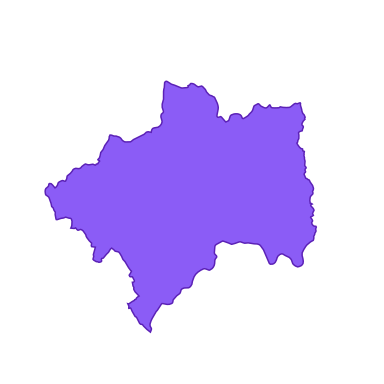 the district of Tay Hoa, Phú Yên, Vietnam, rotated 156°
{"feature_id": "81297802B36488646512837", "entity_name": "Tay Hoa", "entity_type": "district", "adm_level": 2, "iso_a3": "VNM", "parent_name": "Vietnam", "parent_adm1": "Phú Yên", "projection": "albers", "projection_center": [109.179, 12.914], "detail": "fine", "context": "isolated", "style": "filled", "palette": "violet", "viewbox_px": 384, "rotation_deg": 156, "n_neighbors": 0, "source": "geoboundaries", "source_scale": "gbopen_adm2", "svg_char_len": 5979}
<svg xmlns="http://www.w3.org/2000/svg" viewBox="0 0 384 384"><g transform="rotate(156 192 192)"><path d="M287.0,80.9L285.2,82.7L284.8,83.3L284.6,84.0L284.8,86.5L284.1,88.4L281.8,91.0L279.8,92.7L273.3,97.4L271.8,98.0L265.5,102.1L264.8,102.3L263.7,101.7L260.4,99.4L258.3,98.6L256.1,98.4L255.0,98.6L254.2,99.4L253.5,100.6L252.9,101.2L248.2,103.4L244.6,104.2L243.9,104.6L243.0,105.5L242.1,106.7L241.1,107.4L239.7,107.6L237.9,107.4L234.1,105.9L233.2,105.9L231.8,106.3L229.7,107.7L227.9,110.3L224.6,113.7L222.2,115.3L219.2,116.4L215.9,117.0L212.7,117.1L211.7,116.8L210.6,116.0L208.1,113.6L207.2,113.5L204.7,113.9L203.1,114.7L201.6,115.9L200.5,117.3L198.8,120.5L197.8,121.4L196.1,122.3L195.7,122.9L195.6,123.7L196.5,126.3L196.3,127.4L193.3,132.9L192.4,133.8L191.1,134.2L185.0,134.7L183.8,134.7L183.0,134.0L179.2,130.4L177.2,128.2L176.5,128.0L173.3,127.5L170.1,127.3L168.8,127.1L168.0,126.8L165.8,124.7L164.7,123.8L161.4,122.7L156.5,119.5L153.4,117.9L151.8,116.4L151.2,114.9L150.2,110.1L150.4,95.3L149.8,94.2L147.8,93.4L146.6,93.3L145.7,93.5L144.6,93.9L143.7,94.6L142.5,95.6L141.1,97.2L139.7,98.4L137.2,99.2L135.1,99.0L134.3,98.4L132.6,96.0L129.7,92.6L128.9,90.3L128.8,89.3L129.1,85.5L128.3,83.4L127.4,82.1L125.9,80.6L124.1,80.3L122.0,80.3L120.8,80.8L119.7,81.5L118.5,83.5L117.8,86.0L117.2,89.3L116.1,91.6L113.4,93.9L110.3,96.0L108.6,96.9L104.1,98.2L100.9,98.5L100.4,99.0L99.4,100.4L98.9,101.9L97.3,103.2L96.5,104.4L94.9,105.5L94.5,106.2L94.1,107.9L92.7,109.4L92.8,110.3L93.8,110.8L94.8,111.7L95.4,113.4L95.2,115.3L93.6,116.5L93.5,116.9L93.5,118.2L94.0,120.6L93.6,121.0L91.9,121.0L90.6,121.3L90.7,123.0L90.5,123.4L89.3,124.6L88.2,125.4L87.9,125.8L87.9,127.6L89.0,130.9L89.0,131.4L88.5,131.9L88.1,132.1L87.1,132.1L87.5,132.9L88.6,133.5L87.8,136.4L86.1,139.2L85.7,139.5L85.2,139.9L82.4,141.1L81.9,141.9L81.6,143.6L80.3,144.6L79.5,146.0L79.2,149.0L80.0,153.1L80.0,155.0L80.4,155.8L81.1,156.3L81.6,157.5L82.5,158.3L82.4,162.4L82.2,162.8L81.4,163.6L80.5,163.8L80.0,164.3L79.9,165.9L79.3,166.9L77.9,167.6L77.8,168.3L78.2,169.6L78.2,170.5L76.2,174.2L75.8,176.6L75.3,177.5L74.9,179.8L74.2,180.9L73.9,181.9L72.9,183.2L73.0,183.6L74.0,184.5L73.5,186.4L74.9,187.6L75.6,189.3L76.2,192.2L76.3,194.0L75.0,194.8L74.6,195.8L72.7,197.3L71.2,200.5L70.6,202.8L69.6,203.3L68.7,203.4L66.4,203.1L65.4,204.5L64.3,205.5L63.8,206.2L63.7,207.0L64.2,208.2L64.0,209.4L63.0,210.4L61.4,211.6L59.2,212.5L59.1,213.8L58.2,214.3L58.2,217.0L58.8,218.6L58.7,221.0L58.2,223.0L57.7,226.7L57.3,228.0L56.8,228.8L56.8,229.3L57.2,229.6L60.0,229.8L61.5,230.9L62.8,230.9L67.2,229.7L68.7,229.7L71.5,230.8L74.6,232.4L76.7,233.9L78.4,233.6L82.1,235.1L84.5,236.3L85.2,237.1L85.4,239.8L85.8,240.0L88.9,238.7L90.3,238.7L91.6,239.5L94.0,242.3L95.2,245.4L95.9,245.8L99.9,245.5L100.6,245.1L103.4,242.0L104.9,241.0L108.3,239.7L109.2,239.1L110.7,238.7L113.6,238.3L115.3,238.2L116.0,238.8L116.0,241.4L116.4,242.7L117.1,243.6L118.3,244.7L120.1,245.6L121.9,246.2L124.7,246.4L125.5,246.2L126.3,245.7L128.8,242.9L129.7,242.3L132.6,242.2L132.8,242.5L134.6,248.4L135.1,249.2L137.6,249.5L138.2,250.0L138.4,250.6L138.3,251.3L137.8,252.2L134.4,257.1L133.6,258.6L133.1,260.5L132.8,262.7L132.9,269.1L133.1,269.7L134.3,271.0L134.8,271.9L135.9,272.7L136.8,273.8L138.0,277.4L138.1,280.2L139.4,283.9L140.1,284.9L143.6,285.5L144.8,287.1L145.7,288.9L146.4,289.9L147.4,290.8L148.8,291.6L149.5,291.5L150.4,290.8L152.5,290.7L152.6,289.7L153.2,289.3L154.0,289.4L159.0,291.1L160.1,292.1L164.5,296.7L166.9,298.8L169.7,303.0L170.4,303.6L170.9,303.7L171.4,303.7L172.5,303.1L174.9,298.6L175.9,297.4L177.1,295.4L180.3,288.3L183.5,284.4L184.8,281.4L185.2,277.8L185.5,276.8L186.3,276.2L188.4,275.5L189.4,274.2L189.9,273.1L190.5,269.1L190.9,268.1L192.5,266.4L194.5,265.4L196.7,265.0L200.6,266.0L202.1,266.0L203.3,265.3L204.3,264.2L205.0,263.1L207.6,264.9L209.4,265.2L212.2,264.2L224.2,263.7L227.1,262.9L227.9,262.9L231.3,264.3L232.8,265.0L233.4,265.5L234.6,267.4L235.2,270.1L236.0,271.6L238.5,273.9L240.6,274.9L242.3,276.6L243.7,277.4L245.2,276.1L245.8,274.8L247.1,273.3L252.8,269.9L255.9,267.0L259.3,265.2L261.2,262.5L262.6,260.9L264.8,259.9L264.8,259.4L263.8,258.3L263.9,257.7L265.3,257.1L266.5,256.1L268.1,256.4L268.7,256.0L269.5,255.9L271.2,257.7L275.0,258.7L276.1,259.3L277.9,260.9L279.0,260.9L282.3,260.1L283.8,259.3L285.0,259.2L286.2,259.5L288.5,260.9L290.2,261.1L291.6,260.8L292.9,259.8L295.5,258.5L299.3,257.5L299.9,256.9L301.1,255.0L303.1,253.4L303.8,253.5L305.0,254.7L305.8,255.2L307.4,255.3L309.3,255.2L310.5,254.8L312.3,252.8L313.8,252.0L314.7,251.6L315.5,251.5L316.6,255.3L317.3,256.9L318.7,257.7L319.5,257.5L320.6,255.9L321.2,255.5L324.1,254.6L325.1,253.7L325.9,252.3L326.5,250.5L326.8,249.0L325.2,246.2L324.9,245.2L325.4,238.9L326.1,235.8L325.3,233.9L325.5,231.4L325.1,229.2L326.2,227.0L327.2,222.8L327.2,222.0L326.5,221.6L322.5,221.2L319.9,220.5L317.6,220.4L315.1,218.2L313.6,217.3L313.2,216.3L313.5,214.1L315.3,210.5L316.3,209.3L317.4,208.3L314.5,206.6L312.9,206.5L312.4,204.6L311.8,203.5L311.2,203.3L309.3,203.2L308.9,203.0L308.3,202.5L307.3,200.8L306.4,196.2L306.7,194.5L306.6,193.1L305.7,189.2L304.5,186.1L305.9,183.8L305.9,182.9L302.7,180.9L307.6,174.9L308.0,173.1L309.8,170.9L309.5,169.7L307.8,167.3L306.7,166.7L305.6,165.6L303.7,165.2L302.6,165.7L302.2,167.4L301.6,168.0L300.3,167.7L299.7,167.8L295.5,169.9L292.8,170.9L289.8,173.0L288.2,173.4L286.9,171.0L286.3,169.2L283.7,167.3L283.2,166.6L282.9,165.4L282.5,161.9L282.5,158.5L281.5,155.5L280.7,148.6L280.0,145.4L279.5,144.3L280.9,143.1L283.2,141.6L283.2,141.3L283.2,140.1L282.7,139.6L281.1,138.9L280.9,138.5L280.7,135.1L280.8,134.1L281.2,133.7L282.1,133.4L283.2,133.8L284.1,130.1L283.9,128.5L284.6,127.3L284.8,126.6L284.6,124.0L282.7,118.5L284.0,118.3L285.7,117.8L286.8,116.9L288.2,116.9L288.9,116.4L290.9,116.3L295.3,115.5L296.1,116.1L296.1,113.4L297.1,111.5L297.0,111.3L295.6,111.2L295.3,110.9L295.2,110.3L295.2,107.4L294.7,102.2L294.6,101.4L293.8,100.4L293.6,99.6L293.3,93.4L292.8,92.2L291.2,91.1L290.7,89.0L289.1,84.9L287.0,80.9Z" fill="#8b5cf6" stroke="#5b21b6" stroke-width="1.5"/></g></svg>